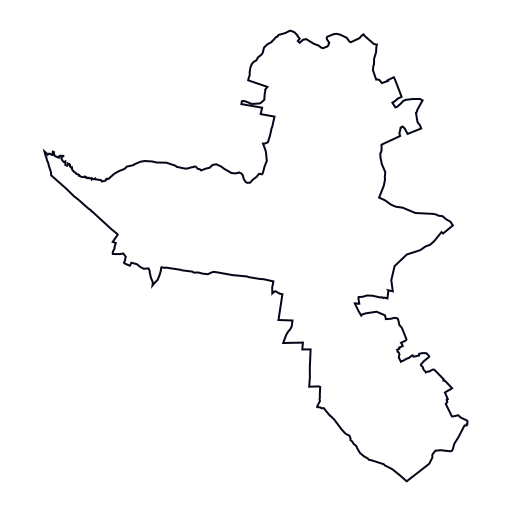 the district of Bogdand, Satu Mare, Romania
{"feature_id": "2599482B86952368934963", "entity_name": "Bogdand", "entity_type": "district", "adm_level": 2, "iso_a3": "ROU", "parent_name": "Romania", "parent_adm1": "Satu Mare", "projection": "orthographic", "projection_center": [22.927, 47.421], "detail": "fine", "context": "isolated", "style": "outline", "palette": "ink", "viewbox_px": 512, "rotation_deg": 0, "n_neighbors": 0, "source": "geoboundaries", "source_scale": "gbopen_adm2", "svg_char_len": 5970}
<svg xmlns="http://www.w3.org/2000/svg" viewBox="0 0 512 512"><path d="M458.6,436.9L464.5,425.5L466.7,425.4L466.8,424.1L467.3,424.1L467.5,421.1L466.8,420.4L460.6,417.5L458.2,415.2L453.5,416.4L451.9,416.4L445.8,404.0L447.3,402.0L446.8,400.8L447.0,400.5L446.8,399.5L447.8,399.1L444.9,392.5L452.1,388.3L445.7,381.5L444.6,380.8L443.5,380.7L443.3,379.9L443.7,379.4L443.3,378.9L434.3,369.7L432.6,369.6L429.1,371.6L428.3,371.4L425.8,372.4L425.6,371.8L423.5,369.5L422.7,367.0L420.9,365.2L420.8,364.8L421.3,364.1L423.4,361.6L429.1,356.9L429.2,356.5L428.6,355.5L426.3,353.2L422.4,353.1L419.2,353.8L419.0,355.5L413.6,356.7L412.9,355.5L412.4,355.3L408.6,358.1L406.1,358.9L403.4,360.7L402.1,360.9L400.9,361.8L398.8,357.5L399.4,354.4L399.2,353.4L398.6,352.3L397.6,351.8L397.2,349.7L399.4,348.8L399.2,347.5L402.7,346.1L402.1,344.4L401.0,342.8L405.8,340.5L406.5,339.4L401.9,327.9L399.3,324.8L398.1,319.2L397.0,318.3L394.7,317.8L390.6,318.8L385.8,319.1L385.5,317.2L384.9,315.3L376.6,311.7L365.6,313.4L362.3,314.4L361.2,315.6L358.5,311.0L354.8,303.4L356.5,303.3L358.2,303.9L359.3,303.7L358.5,299.2L358.6,297.1L363.1,296.7L366.9,295.5L372.2,295.7L380.6,297.5L381.6,297.2L383.6,298.1L384.2,297.6L387.4,298.4L388.4,290.6L388.2,290.3L392.8,291.3L391.3,280.2L394.6,266.1L406.8,254.5L420.1,250.2L425.8,246.3L430.0,244.9L434.3,241.0L441.5,232.1L443.1,233.5L452.9,225.4L450.4,221.7L446.0,219.2L442.6,216.2L438.4,215.7L436.2,214.5L433.2,213.9L415.4,213.0L402.7,207.7L395.8,206.7L391.3,204.8L384.8,200.2L379.1,197.6L383.8,185.7L385.0,179.7L384.8,177.2L385.3,172.2L381.6,163.6L381.4,161.5L380.8,159.4L380.4,156.7L380.3,153.4L381.0,152.3L381.6,150.0L381.5,144.7L400.1,136.0L399.4,133.1L400.3,129.9L400.2,129.3L400.7,128.3L400.6,127.7L402.7,126.5L404.7,128.5L407.6,133.9L421.2,128.5L419.8,125.0L418.0,122.9L417.4,121.6L416.0,113.1L416.3,113.1L417.6,109.3L422.6,100.4L420.0,99.0L412.9,99.0L406.1,99.8L403.4,100.8L400.3,104.1L397.0,106.8L395.4,107.4L392.4,102.7L395.1,101.0L397.5,98.8L401.6,96.8L395.1,79.8L393.8,77.2L387.4,80.4L387.8,81.0L381.9,83.1L379.4,80.0L377.4,79.4L376.2,79.6L372.9,70.1L373.3,66.4L374.0,64.1L374.1,58.7L376.1,52.1L376.3,47.4L376.9,44.6L374.0,44.1L364.6,35.9L363.5,34.3L361.4,35.9L359.6,38.1L350.7,42.3L348.9,41.0L347.1,38.2L346.3,37.6L340.3,34.7L336.6,33.8L333.6,34.2L327.2,36.8L326.8,37.4L326.9,39.3L329.2,42.6L328.8,43.2L328.8,44.4L327.5,46.4L323.3,48.1L321.5,47.8L318.6,45.6L313.9,43.8L306.2,39.1L303.0,39.8L299.7,42.8L297.8,41.0L299.7,38.7L297.4,35.7L297.4,35.3L294.5,32.3L290.7,30.7L289.3,31.0L285.4,33.0L278.4,35.0L277.6,36.5L275.7,37.3L274.1,39.4L272.1,41.2L271.7,42.0L267.3,44.4L264.1,47.5L263.1,50.9L263.2,51.6L262.0,54.1L257.6,57.8L257.2,59.1L256.0,60.6L254.1,61.6L252.3,63.3L251.2,65.4L250.3,67.9L249.6,73.1L249.8,75.0L248.7,77.9L248.2,80.3L267.4,86.9L265.1,89.8L265.3,91.2L264.7,93.9L264.3,99.8L261.2,102.6L259.9,103.4L254.6,103.8L251.7,103.9L245.3,101.3L242.5,100.9L241.8,101.4L241.4,104.1L262.1,107.7L260.7,114.1L274.5,116.6L272.2,127.0L271.6,128.2L270.0,135.6L267.9,142.3L265.1,143.5L263.0,143.6L265.3,149.7L266.0,152.4L266.8,160.9L264.5,166.7L262.9,172.9L262.0,174.3L259.1,173.8L256.6,176.8L252.7,179.8L250.1,182.7L247.0,182.8L245.5,181.8L243.7,178.9L242.8,175.3L241.7,173.7L238.7,172.4L237.6,173.1L234.7,173.4L231.5,173.0L224.0,168.7L221.3,166.6L216.4,164.3L212.6,164.9L209.7,167.7L205.3,168.8L201.1,170.4L199.7,169.1L198.0,169.0L195.6,166.6L194.1,166.6L193.2,167.2L192.4,167.1L187.0,168.6L184.5,168.5L176.6,166.8L175.7,165.8L166.4,162.7L156.3,162.5L152.5,161.5L144.7,161.0L140.6,161.7L134.6,164.2L133.6,165.1L126.8,166.6L124.7,168.8L119.0,171.1L114.3,173.7L108.5,178.9L107.3,179.1L107.0,178.7L106.4,178.9L105.8,179.6L105.7,180.6L101.9,181.5L101.0,180.1L96.0,179.4L95.2,178.4L94.6,179.2L92.7,179.1L92.1,178.4L91.6,179.2L91.2,178.2L90.1,178.4L89.1,177.9L88.6,178.2L88.0,177.7L87.2,178.2L86.3,177.8L86.1,177.1L84.9,176.5L84.6,177.1L83.9,177.2L81.6,176.9L79.9,176.1L79.4,175.3L78.9,175.6L78.3,174.5L76.5,173.9L75.7,172.8L74.5,172.3L72.5,170.1L72.1,169.4L71.9,167.3L71.1,167.5L70.4,166.4L70.0,167.2L70.0,164.6L69.4,164.1L67.9,163.5L68.1,164.9L67.1,165.8L65.4,165.1L65.3,161.4L65.1,161.5L65.2,162.1L64.6,162.5L63.8,162.1L62.1,160.1L61.3,158.5L61.4,157.1L64.1,155.9L59.8,155.8L58.8,156.5L58.9,157.6L58.0,157.5L54.7,155.9L53.8,152.9L54.0,152.1L53.7,151.9L52.8,151.6L52.5,153.8L52.7,154.9L52.5,155.1L49.2,153.6L47.7,154.8L47.3,154.0L44.5,151.5L45.4,155.2L46.8,158.9L46.8,159.8L48.3,163.2L48.6,164.9L51.1,172.7L51.1,175.3L66.4,188.8L73.7,196.0L78.4,199.7L88.6,208.7L91.1,210.4L91.4,211.2L92.7,212.0L111.4,229.2L117.2,233.9L117.7,234.7L112.7,241.9L115.8,243.0L114.5,247.3L114.6,248.4L112.8,251.8L112.8,254.0L119.8,254.1L123.3,253.5L125.8,256.8L124.6,261.5L123.9,262.7L125.2,263.7L129.6,265.7L129.9,265.7L131.4,262.7L136.9,264.2L140.3,267.0L143.8,268.8L148.6,268.4L149.7,271.1L149.7,272.5L150.9,277.6L152.9,282.6L152.5,285.5L154.6,282.9L157.6,279.9L159.5,275.3L160.7,271.2L161.3,267.4L161.8,267.2L164.3,267.9L165.9,267.6L180.6,269.8L181.9,270.3L192.2,271.6L193.9,272.6L198.4,272.5L202.4,273.6L207.8,274.2L212.3,272.2L213.5,271.9L215.8,272.1L232.6,275.1L247.2,276.5L248.6,277.1L259.4,278.9L263.6,279.2L273.4,281.4L272.2,287.6L272.3,293.5L274.5,291.5L275.6,291.3L279.8,293.7L282.4,294.2L278.5,320.0L292.5,320.5L291.8,325.8L291.4,327.2L289.9,329.7L288.3,331.4L286.1,335.1L283.2,343.0L302.9,342.6L302.3,349.4L310.6,349.4L309.8,368.0L309.9,377.2L309.2,386.7L318.6,386.4L320.2,387.0L319.8,395.0L319.9,397.1L319.6,399.3L319.9,401.1L317.1,406.6L317.2,407.1L320.2,407.4L321.7,408.3L323.7,408.1L329.4,415.1L330.2,415.5L330.4,416.2L331.6,416.8L332.7,418.2L333.8,419.0L341.6,429.4L344.4,432.5L346.0,434.0L349.4,435.7L350.5,438.2L350.4,440.0L352.4,441.7L353.5,443.7L356.4,446.1L356.9,447.8L360.0,453.0L363.8,456.2L367.8,458.5L369.1,459.9L371.2,460.2L383.7,464.2L384.9,465.4L392.1,469.1L400.0,475.4L406.7,481.3L429.2,463.8L432.3,457.7L432.4,454.5L435.4,450.7L440.7,450.2L450.3,451.3L452.1,450.7L453.0,448.7L454.2,444.0L458.6,436.9Z" fill="none" stroke="#020617" stroke-width="2"/></svg>